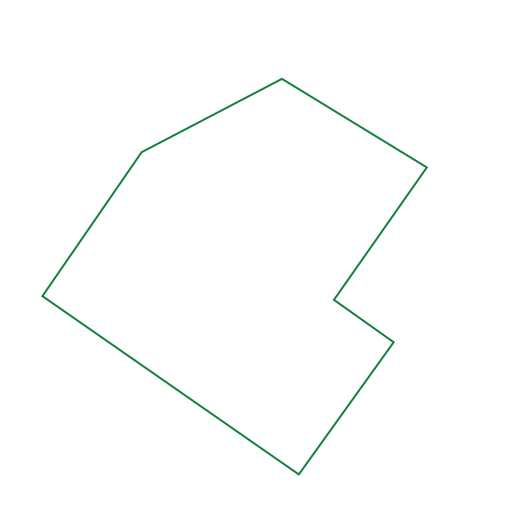 Fayette, Ohio, United States of America (Natural Earth projection), rotated 211°
{"feature_id": "52423323B90080084315603", "entity_name": "Fayette", "entity_type": "district", "adm_level": 2, "iso_a3": "USA", "parent_name": "United States of America", "parent_adm1": "Ohio", "projection": "natural_earth1", "projection_center": [-83.482, 39.547], "detail": "fine", "context": "isolated", "style": "outline", "palette": "green", "viewbox_px": 512, "rotation_deg": 211, "n_neighbors": 0, "source": "geoboundaries", "source_scale": "gbopen_adm2", "svg_char_len": 272}
<svg xmlns="http://www.w3.org/2000/svg" viewBox="0 0 512 512"><g transform="rotate(211 256 256)"><path d="M325.0,421.2L407.5,286.1L418.4,111.6L106.8,90.8L93.6,253.0L159.4,258.0L166.6,258.5L155.2,419.9L325.0,421.2Z" fill="none" stroke="#15803d" stroke-width="2"/></g></svg>